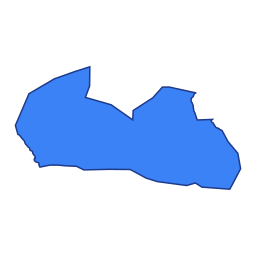 Xaliun, Govi-Altay, Mongolia (Natural Earth projection)
{"feature_id": "93677404B94337153520501", "entity_name": "Xaliun", "entity_type": "district", "adm_level": 2, "iso_a3": "MNG", "parent_name": "Mongolia", "parent_adm1": "Govi-Altay", "projection": "natural_earth1", "projection_center": [96.084, 46.015], "detail": "fine", "context": "isolated", "style": "filled", "palette": "blue", "viewbox_px": 256, "rotation_deg": 0, "n_neighbors": 0, "source": "geoboundaries", "source_scale": "gbopen_adm2", "svg_char_len": 1763}
<svg xmlns="http://www.w3.org/2000/svg" viewBox="0 0 256 256"><path d="M228.0,141.6L222.1,130.6L221.9,130.4L221.7,130.2L221.3,130.3L220.8,130.2L220.5,129.9L220.2,129.8L219.9,129.4L219.6,129.3L219.4,129.2L219.2,129.2L219.2,128.9L219.1,128.7L218.4,128.4L217.8,128.1L217.3,127.9L216.6,127.8L216.2,127.7L215.8,127.3L215.3,126.6L214.8,125.9L214.7,125.5L214.3,125.3L214.3,124.9L214.2,124.7L213.8,124.4L213.7,124.2L213.5,123.6L213.4,123.2L213.1,122.9L212.6,122.7L211.8,122.2L211.5,121.8L211.4,121.2L211.1,120.6L212.4,119.4L197.2,120.0L194.9,113.0L194.6,112.5L193.7,110.5L193.6,108.9L193.2,107.4L193.2,105.7L192.7,104.3L192.3,103.3L191.5,101.9L191.0,100.7L191.0,100.3L191.2,99.9L191.3,99.5L191.4,99.0L191.3,98.6L191.4,98.1L191.9,97.7L192.5,97.3L193.3,96.4L193.6,95.5L193.9,94.8L194.3,93.8L194.4,93.5L194.9,93.2L196.3,93.0L169.4,87.1L162.4,87.1L152.8,97.8L133.2,110.5L132.7,119.9L111.2,104.8L85.4,97.4L89.6,86.0L89.8,66.8L75.3,71.4L54.4,78.8L29.0,93.7L15.4,125.4L17.9,134.4L19.1,134.9L20.2,136.0L21.3,137.6L23.8,140.4L24.6,141.3L24.9,142.7L25.3,143.6L25.9,144.5L26.7,145.1L27.6,146.5L28.1,147.0L28.9,147.5L29.6,148.2L29.7,148.7L29.9,149.1L29.9,149.8L30.0,150.2L30.9,150.7L32.0,151.0L32.5,151.9L32.8,152.5L32.7,152.9L32.8,153.3L33.4,154.3L34.9,156.3L35.1,157.0L35.2,157.6L35.3,158.1L35.1,158.2L34.7,158.2L34.5,158.5L34.6,158.9L34.2,159.4L34.3,160.2L34.5,160.8L34.9,161.1L35.3,161.3L35.7,161.8L36.6,162.2L37.9,162.5L38.7,162.9L39.1,163.7L39.1,164.2L38.9,164.5L38.9,165.0L39.2,165.5L39.4,165.9L39.5,166.4L40.0,167.1L49.9,165.1L58.0,165.1L65.3,165.8L76.5,166.3L83.8,169.9L109.1,169.3L130.2,169.5L146.1,178.1L157.3,181.6L186.6,185.5L195.4,183.0L201.9,187.1L229.8,189.2L232.2,184.8L240.6,168.7L237.8,153.3L228.0,141.6Z" fill="#3b82f6" stroke="#1e3a8a" stroke-width="1.5"/></svg>